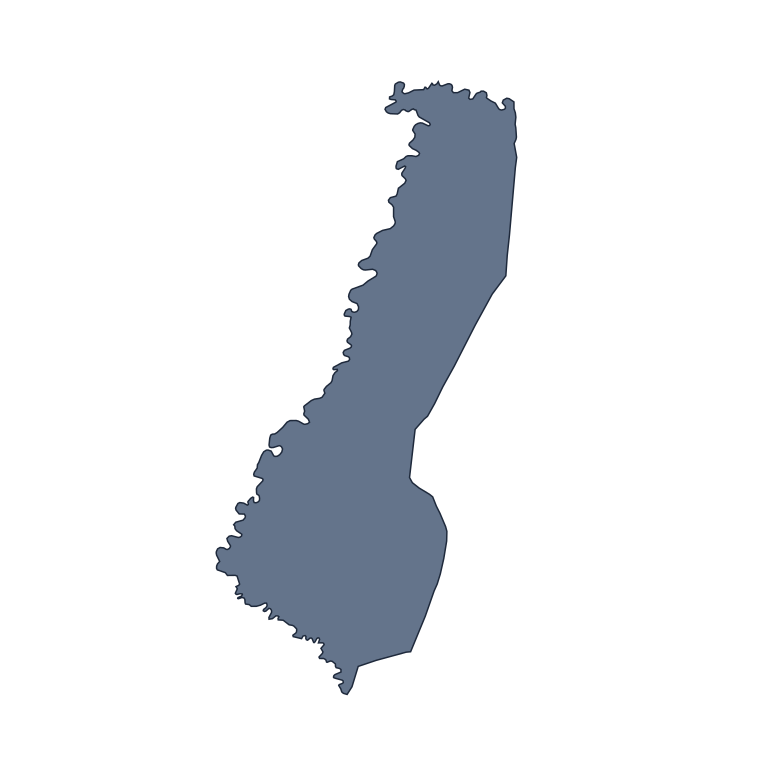 the district of Orxon, Darhan-Uul, Mongolia, rotated 339°
{"feature_id": "93677404B93316443433377", "entity_name": "Orxon", "entity_type": "district", "adm_level": 2, "iso_a3": "MNG", "parent_name": "Mongolia", "parent_adm1": "Darhan-Uul", "projection": "equal_earth", "projection_center": [106.003, 49.72], "detail": "fine", "context": "isolated", "style": "filled", "palette": "slate", "viewbox_px": 768, "rotation_deg": 339, "n_neighbors": 0, "source": "geoboundaries", "source_scale": "gbopen_adm2", "svg_char_len": 6171}
<svg xmlns="http://www.w3.org/2000/svg" viewBox="0 0 768 768"><g transform="rotate(339 384 384)"><path d="M312.9,643.5L339.3,615.6L356.6,595.2L362.0,589.8L368.5,581.5L377.3,568.3L386.2,553.1L389.9,544.1L390.4,539.3L389.9,524.8L389.1,516.8L389.0,506.8L386.9,503.2L379.5,493.7L375.1,486.3L374.3,480.5L396.8,437.5L408.8,431.2L413.1,429.7L424.3,420.4L437.9,407.7L456.0,392.5L490.4,361.6L517.3,338.8L536.5,326.7L545.1,308.2L554.5,289.9L584.2,229.0L589.1,220.0L591.7,206.1L594.9,202.9L596.1,201.0L598.9,191.9L599.5,188.5L602.7,182.2L603.8,177.9L604.0,173.6L606.4,167.2L603.1,162.5L601.0,161.2L597.1,161.7L595.2,163.9L596.8,168.2L596.2,170.0L595.0,170.7L592.0,170.4L590.4,169.3L589.7,168.0L588.6,161.7L585.3,158.1L582.5,154.1L582.3,153.3L583.5,151.5L583.9,148.8L581.9,146.3L579.6,145.4L578.3,146.0L575.1,145.8L573.9,146.2L569.0,149.7L566.3,149.1L565.5,147.5L568.7,142.7L568.6,140.1L565.0,137.7L557.1,138.4L553.2,136.9L552.5,134.5L554.3,131.5L554.5,129.5L553.9,128.2L552.6,127.1L551.1,126.6L545.0,126.6L543.7,125.8L543.0,124.7L543.0,121.2L541.0,122.7L538.2,123.2L536.8,122.2L536.9,121.0L536.5,120.4L531.6,123.8L530.5,124.0L529.8,123.7L529.3,122.0L528.6,121.6L526.5,123.4L517.4,120.4L511.3,121.0L507.5,120.5L506.5,119.8L505.5,117.7L507.0,115.6L508.2,115.0L509.5,113.5L510.4,111.7L510.1,110.1L507.4,107.8L505.5,107.4L502.1,108.0L501.0,109.1L498.5,114.7L496.8,117.4L495.0,118.1L492.1,118.0L491.3,119.8L492.5,120.9L496.4,122.8L496.7,124.4L496.1,125.1L484.7,126.5L483.4,127.9L483.8,130.7L485.0,132.5L486.8,133.9L493.5,136.8L495.7,136.4L498.4,134.8L500.3,134.6L501.9,135.7L502.1,136.5L503.7,138.1L504.7,138.5L508.6,137.6L510.2,137.8L510.5,138.7L512.1,139.8L512.0,145.5L512.6,147.4L520.0,156.4L520.2,158.2L519.2,159.0L517.8,158.8L513.4,154.2L511.5,153.2L509.0,152.9L506.4,153.3L504.5,154.3L502.0,156.8L501.7,157.5L502.6,161.8L501.2,164.7L498.5,166.6L494.1,168.3L493.1,169.5L493.0,170.4L494.9,174.4L497.8,177.4L499.6,180.2L499.8,181.5L498.3,182.9L495.4,183.1L491.8,180.9L488.1,179.5L486.2,179.5L483.1,180.8L476.2,181.2L473.3,184.9L472.7,186.7L472.8,187.5L474.3,188.7L481.3,187.9L482.1,188.7L481.3,189.9L476.2,193.6L475.7,194.7L475.5,195.9L477.4,199.9L477.6,201.8L475.3,204.0L467.6,206.4L464.3,211.4L462.5,212.9L456.7,212.3L454.0,214.0L453.7,216.1L455.7,219.5L456.3,222.4L452.9,231.2L452.7,236.2L452.2,237.7L451.1,238.8L449.6,239.9L445.5,241.2L437.7,240.1L431.1,240.8L429.1,241.6L427.0,243.7L426.9,245.1L428.0,248.2L428.0,249.4L427.5,250.4L421.3,254.4L416.8,259.7L414.1,260.8L407.5,260.7L404.1,261.9L402.9,263.3L402.6,264.5L404.1,268.2L405.7,270.0L407.4,270.9L414.5,272.8L416.9,275.1L417.3,277.2L417.1,278.4L415.7,280.1L414.8,280.5L406.0,282.1L399.8,284.2L388.2,284.0L386.5,284.6L383.5,287.6L382.3,289.7L382.1,292.5L383.7,295.6L387.7,299.3L387.9,302.9L386.8,305.3L384.6,306.6L382.3,306.5L381.1,305.9L379.9,304.7L380.0,302.5L379.0,301.6L377.5,301.3L374.7,301.7L372.0,304.4L371.6,305.3L371.9,306.6L376.1,308.7L377.2,309.9L375.0,313.3L373.6,316.8L371.7,319.3L372.2,324.1L371.9,325.9L369.7,327.9L366.1,329.0L364.9,330.5L364.9,332.0L367.3,335.7L367.4,336.6L366.7,337.7L365.1,338.3L359.1,338.4L357.2,339.9L356.9,342.0L357.4,343.3L360.5,345.8L361.1,346.9L360.7,348.8L359.0,349.9L352.1,349.1L342.8,350.3L341.9,351.3L341.8,352.0L342.2,352.6L345.6,353.6L345.3,354.8L342.3,355.8L339.4,357.9L336.7,362.3L334.9,363.8L329.4,365.6L326.1,367.6L325.6,368.6L325.5,371.4L321.4,374.2L318.8,374.3L313.6,373.2L310.2,373.4L301.8,375.9L300.9,376.6L300.2,380.9L298.4,383.2L298.2,384.4L300.7,389.7L300.8,393.0L298.6,393.7L295.7,393.3L294.7,392.7L290.9,388.1L288.9,386.6L283.2,384.5L279.8,384.9L273.9,388.2L266.8,391.0L264.1,391.5L261.7,390.8L259.9,391.1L257.9,393.7L254.8,399.8L254.6,401.8L255.8,402.9L257.8,403.6L264.1,404.0L265.2,404.9L265.8,406.0L266.0,408.3L264.2,410.9L261.3,412.6L258.5,413.2L256.2,412.5L255.3,411.5L254.6,406.2L252.1,404.1L250.4,403.6L247.4,404.2L244.1,406.8L238.9,412.5L237.0,413.9L235.5,417.0L231.4,419.8L230.0,421.6L229.8,423.3L236.3,428.4L236.9,429.6L236.1,431.0L228.9,434.4L227.3,436.2L226.0,440.0L225.9,441.4L227.2,443.0L227.3,444.2L226.8,446.4L225.9,448.2L223.8,449.1L221.8,449.0L220.3,448.1L220.3,446.2L221.6,443.2L220.8,442.5L218.5,443.0L215.0,444.9L214.6,445.4L214.5,447.2L214.1,447.9L213.0,448.1L210.4,445.0L208.5,443.9L206.8,443.0L204.8,443.2L201.6,445.9L200.9,446.9L200.7,448.7L202.2,453.4L207.0,455.4L207.3,457.6L206.4,459.1L203.6,460.6L196.1,459.9L193.2,461.5L193.8,463.1L193.1,465.7L193.8,468.2L197.4,473.3L196.6,474.8L194.9,475.4L193.0,475.1L187.3,471.0L184.9,470.6L182.0,471.9L181.7,474.8L182.7,480.0L182.3,480.9L180.7,482.1L178.6,482.4L177.4,481.8L175.7,479.6L172.4,477.9L169.6,478.3L167.5,480.3L166.8,481.6L166.4,483.8L167.0,490.8L164.1,492.3L162.5,494.0L161.6,496.1L161.8,497.8L168.3,503.3L169.2,506.6L176.5,509.3L178.0,510.6L177.5,519.1L176.1,519.9L173.2,520.1L173.7,522.6L170.2,526.1L170.5,527.2L171.2,527.8L174.5,528.2L176.3,529.1L176.4,529.6L175.1,530.9L171.1,531.1L170.6,531.8L171.2,532.3L174.8,532.4L176.6,533.6L176.9,535.3L175.9,538.5L175.9,539.8L179.2,541.7L180.4,544.0L185.2,545.8L189.4,546.2L194.1,545.8L195.8,546.5L195.7,548.4L195.0,549.5L193.6,550.5L190.8,551.3L190.0,552.4L190.8,553.5L192.3,553.7L196.2,552.2L197.4,553.1L197.7,554.1L197.8,555.3L197.2,556.9L192.9,560.7L192.4,562.4L195.7,563.1L200.1,561.7L201.9,562.6L202.5,563.6L201.1,564.8L200.7,566.3L205.2,568.4L209.1,574.8L212.0,576.5L213.1,577.7L214.6,581.2L214.4,582.3L213.3,584.3L212.4,584.9L208.9,585.9L208.7,587.3L215.8,592.2L218.1,590.3L220.2,590.6L220.7,591.7L219.8,593.5L219.9,595.0L220.9,595.8L223.9,594.7L225.2,595.2L225.6,595.9L225.7,600.0L226.0,600.4L227.2,600.0L230.2,597.5L231.5,597.3L232.3,597.9L232.4,599.3L230.0,602.2L233.9,603.6L234.7,604.5L234.7,605.9L230.4,608.2L231.0,612.2L230.0,613.4L225.6,615.5L225.4,616.0L225.6,617.2L229.2,618.6L230.1,619.5L230.9,621.0L230.7,623.0L231.2,623.4L234.7,623.4L236.2,624.3L238.3,627.9L237.5,630.3L237.7,631.7L240.5,633.6L241.5,635.1L240.6,637.5L234.2,637.7L232.8,638.2L231.8,639.5L231.8,640.1L233.1,641.3L238.7,645.4L239.4,646.4L239.0,648.2L237.9,648.6L234.4,648.6L233.7,649.2L234.4,653.2L234.2,656.3L235.2,658.2L238.3,660.6L245.6,655.2L258.7,638.4L277.7,639.2L308.6,642.3L312.9,643.5Z" fill="#64748b" stroke="#1e293b" stroke-width="1.5"/></g></svg>